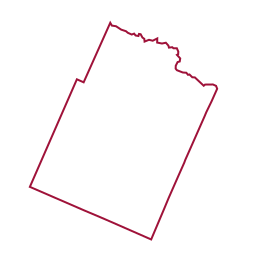 outline of Colfax, New Mexico, United States of America, rotated 114°
{"feature_id": "52423323B4860055459103", "entity_name": "Colfax", "entity_type": "district", "adm_level": 2, "iso_a3": "USA", "parent_name": "United States of America", "parent_adm1": "New Mexico", "projection": "orthographic", "projection_center": [-105.078, 36.607], "detail": "fine", "context": "isolated", "style": "outline", "palette": "rose", "viewbox_px": 256, "rotation_deg": 114, "n_neighbors": 0, "source": "geoboundaries", "source_scale": "gbopen_adm2", "svg_char_len": 872}
<svg xmlns="http://www.w3.org/2000/svg" viewBox="0 0 256 256"><g transform="rotate(114 128 128)"><path d="M220.4,61.5L187.4,62.1L175.5,62.4L151.0,62.5L136.7,62.5L133.9,62.7L122.1,62.7L85.7,62.8L81.8,62.9L69.4,62.5L67.3,62.5L64.7,62.5L55.9,62.5L53.7,64.7L53.7,68.1L57.0,75.3L58.6,76.0L54.6,87.5L55.5,89.9L54.1,93.6L55.0,94.8L53.8,97.2L55.0,100.5L55.3,106.8L54.4,108.6L51.7,109.7L47.6,109.5L46.2,107.8L43.2,108.6L41.3,113.0L40.2,112.2L37.8,113.1L35.3,115.8L36.7,118.9L36.2,120.4L37.9,123.3L36.3,124.6L34.7,128.1L37.0,131.3L38.1,136.1L34.3,137.7L38.2,140.9L38.9,144.7L42.3,148.0L39.9,149.4L39.5,151.6L37.2,154.6L37.6,156.2L39.7,155.9L40.4,158.7L39.3,160.8L41.1,162.6L41.1,166.9L40.4,169.2L40.9,174.2L39.9,180.3L41.0,184.4L39.1,187.0L104.3,187.1L104.3,194.5L163.2,194.1L221.7,193.7L221.1,134.3L220.7,112.2L220.4,61.5Z" fill="none" stroke="#9f1239" stroke-width="2"/></g></svg>